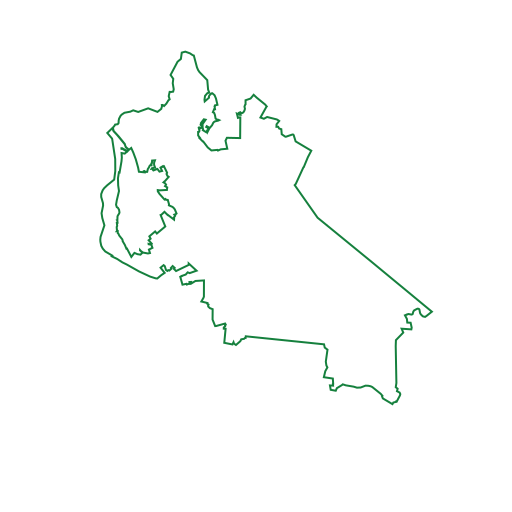 outline of Tīnūžu pag., Ikskiles, Latvia, rotated 49°
{"feature_id": "27541924B46293961253213", "entity_name": "Tīnūžu pag.", "entity_type": "district", "adm_level": 2, "iso_a3": "LVA", "parent_name": "Latvia", "parent_adm1": "Ikskiles", "projection": "mercator", "projection_center": [24.551, 56.857], "detail": "fine", "context": "isolated", "style": "outline", "palette": "green", "viewbox_px": 512, "rotation_deg": 49, "n_neighbors": 0, "source": "geoboundaries", "source_scale": "gbopen_adm2", "svg_char_len": 6067}
<svg xmlns="http://www.w3.org/2000/svg" viewBox="0 0 512 512"><g transform="rotate(49 256 256)"><path d="M446.7,253.7L457.3,250.2L456.7,248.5L457.9,246.1L457.7,245.6L458.2,245.4L455.7,238.9L454.9,237.7L453.3,237.2L450.5,238.3L449.1,236.2L446.7,236.6L444.0,233.4L415.7,209.7L411.3,205.6L410.4,195.1L406.4,193.8L413.3,186.9L412.2,185.5L407.8,183.1L405.5,185.5L402.5,183.4L398.5,182.5L399.0,181.2L398.9,181.2L399.1,180.5L399.8,179.0L402.2,177.1L402.5,176.5L402.6,175.9L401.2,173.8L400.8,172.4L401.5,169.3L401.9,168.4L402.8,167.8L403.6,167.8L406.7,169.6L408.1,169.9L410.9,169.7L412.0,169.0L412.9,168.3L413.1,166.6L413.4,159.8L336.3,172.6L267.5,184.4L227.9,180.3L227.7,178.7L220.2,162.1L220.3,161.7L215.5,152.1L212.8,145.2L195.5,150.9L189.6,148.3L188.9,148.2L188.2,148.8L185.6,155.2L185.2,155.6L181.0,156.7L176.9,153.7L175.0,154.9L173.0,154.5L171.9,155.8L170.1,154.1L169.3,149.9L168.1,150.2L166.6,150.7L158.4,156.4L157.6,160.0L154.4,161.8L150.2,150.2L150.2,149.8L147.8,149.7L136.9,151.6L132.8,152.0L133.6,156.8L131.6,161.7L134.7,164.4L134.8,165.1L135.7,166.7L137.7,167.8L138.7,169.4L139.3,171.3L139.0,172.8L138.4,173.4L137.2,173.5L136.8,174.7L139.3,175.0L139.0,175.5L136.0,177.0L139.9,179.0L140.5,177.6L141.1,176.9L156.6,190.6L147.7,200.4L149.0,203.4L156.2,207.3L152.4,212.6L151.7,214.8L151.1,215.2L151.2,215.5L150.6,215.5L147.1,220.4L142.4,221.2L134.9,220.7L134.7,221.0L130.0,221.3L130.1,220.8L127.1,220.6L124.4,218.3L124.9,217.5L124.5,216.6L121.5,215.0L121.5,214.8L121.8,214.4L123.1,214.3L123.4,213.8L123.2,213.3L123.6,212.4L122.3,211.8L120.8,211.8L120.6,211.7L120.6,211.1L119.6,210.5L118.6,205.7L120.1,204.6L121.4,209.8L124.0,212.0L126.2,213.1L126.3,213.5L129.8,212.4L129.4,211.0L130.7,211.5L129.5,208.5L127.3,208.4L126.0,208.9L125.7,208.0L129.0,206.9L128.5,203.4L127.4,200.8L127.3,199.7L127.5,198.6L129.0,195.8L129.3,194.7L128.4,195.1L127.2,196.1L125.7,196.3L122.7,194.5L120.6,193.7L119.2,194.2L117.7,191.2L118.3,190.6L116.0,189.2L116.1,188.9L115.4,188.2L116.6,185.9L110.9,182.9L107.5,181.8L104.5,182.2L104.1,182.8L104.2,185.8L104.8,187.0L105.7,187.6L105.7,193.3L104.3,192.4L101.7,189.4L101.2,185.9L102.0,184.1L99.0,183.0L91.3,177.4L80.2,178.0L77.7,177.7L74.9,176.8L63.9,171.4L63.0,172.0L59.7,172.9L55.4,175.3L53.8,178.6L58.0,183.4L57.9,187.7L63.3,201.7L68.0,202.2L71.0,205.5L76.2,208.7L77.6,210.7L76.6,212.3L75.5,213.5L78.1,217.0L81.1,218.4L81.0,219.9L82.2,223.7L82.5,227.0L80.8,227.3L80.3,228.0L81.3,228.7L82.8,231.0L82.6,235.8L73.8,240.5L70.0,250.4L65.5,253.1L64.6,256.2L61.6,261.3L61.2,264.4L61.3,266.1L62.5,269.2L63.7,270.8L65.5,272.5L65.8,273.9L64.4,276.1L64.8,277.1L65.3,279.8L68.2,281.4L75.7,281.2L85.3,281.5L87.5,282.5L89.0,282.7L92.5,282.1L92.6,279.3L97.3,280.7L104.2,283.3L112.0,287.0L115.6,289.1L119.6,285.4L118.4,285.0L118.5,284.6L118.8,284.4L119.6,284.8L121.1,282.9L119.4,280.6L118.9,278.7L118.2,277.3L118.1,276.3L119.7,274.7L118.2,275.9L118.1,275.1L117.7,274.5L117.8,274.4L117.4,273.7L117.5,273.5L115.8,271.8L117.5,269.5L118.8,271.8L120.5,273.2L123.0,274.1L121.5,277.0L121.7,277.6L122.3,276.7L123.3,277.3L124.1,277.3L125.6,273.3L129.0,273.5L130.2,271.1L126.6,270.1L127.1,267.4L127.7,267.6L127.9,266.6L134.9,268.5L135.4,269.7L137.4,270.3L139.0,270.0L139.7,275.2L139.7,276.9L140.1,277.0L140.0,277.4L141.6,276.9L143.2,277.1L143.6,278.8L146.0,278.0L147.7,279.9L143.2,285.7L141.8,286.9L142.8,287.7L146.0,288.1L153.4,288.0L153.6,286.9L154.6,287.0L155.8,285.8L159.9,287.7L160.6,288.5L164.2,286.8L165.7,286.6L167.6,286.7L171.8,288.1L171.8,288.8L171.2,290.5L172.6,290.6L173.1,292.9L173.7,292.9L174.8,294.0L167.0,295.6L167.0,295.8L162.6,296.1L162.8,300.2L162.5,301.1L174.2,305.1L174.0,316.1L171.3,316.0L171.2,323.6L173.8,324.2L173.7,326.7L178.4,326.6L178.7,327.5L176.4,329.1L176.7,329.3L178.9,327.6L181.9,328.8L180.9,332.6L184.2,334.1L183.2,335.9L179.3,339.0L176.8,339.6L175.4,339.6L175.6,339.8L176.8,339.8L179.3,339.3L179.0,340.0L179.2,342.3L176.8,344.3L173.9,345.7L174.9,350.7L165.7,348.5L165.5,349.0L161.6,347.7L157.3,346.9L156.9,346.5L155.7,346.0L150.8,345.8L148.9,345.2L148.0,345.3L146.5,344.0L145.9,344.8L145.6,343.9L144.7,343.6L142.7,342.1L142.2,341.0L139.7,339.3L140.1,338.7L138.1,337.3L137.8,337.3L137.9,337.0L135.3,334.6L134.9,333.9L134.1,331.3L133.5,330.4L131.2,329.0L129.0,328.6L127.8,329.0L125.5,328.0L122.7,324.6L117.1,316.8L112.3,313.7L106.8,309.2L102.9,304.6L103.5,304.2L96.3,295.4L93.7,292.7L90.1,289.9L92.6,287.9L92.6,284.8L87.2,286.6L86.9,287.2L86.4,286.9L86.7,286.4L91.5,284.6L92.7,284.5L92.4,282.4L88.5,282.9L85.3,281.7L73.5,281.4L68.4,281.6L67.3,281.3L65.2,280.0L65.6,287.5L72.9,287.6L73.7,288.0L90.4,298.6L99.6,306.5L105.3,312.9L105.0,321.9L105.2,326.1L105.8,328.6L107.7,332.2L109.9,334.1L115.7,336.8L117.6,338.3L122.4,344.5L126.5,347.1L133.4,350.3L139.6,360.8L141.5,362.8L143.2,364.1L146.8,366.1L149.9,366.8L153.7,366.8L161.4,364.2L161.6,365.1L167.2,362.7L173.2,361.0L177.7,359.1L190.9,354.4L202.1,349.4L207.0,346.4L208.2,345.3L208.3,340.0L208.8,336.0L202.2,335.7L202.3,331.7L203.8,331.5L207.5,333.1L209.1,332.7L209.1,331.5L210.1,331.0L210.1,328.1L209.2,328.0L208.9,325.5L211.6,325.2L211.8,326.4L214.9,326.2L218.6,312.6L217.5,311.7L228.1,310.5L225.4,317.3L223.5,318.3L223.9,321.2L222.3,325.2L222.5,325.3L222.0,326.8L229.4,330.3L231.4,326.7L232.2,326.9L232.7,325.4L233.5,324.4L232.0,323.3L233.0,322.0L233.8,322.9L234.3,323.0L235.1,318.1L240.3,311.3L252.5,322.0L253.1,323.1L254.5,327.1L259.6,323.5L260.0,324.1L261.5,323.7L262.2,324.9L262.9,325.2L265.1,325.0L267.7,323.6L275.5,330.5L282.1,332.8L282.7,332.0L286.7,323.6L288.0,323.9L288.1,324.9L288.8,325.4L288.8,327.2L289.7,328.0L291.0,326.7L300.7,336.9L307.3,331.8L306.3,329.5L307.7,330.1L310.0,329.5L310.0,323.7L309.2,321.8L310.7,319.3L310.6,317.9L311.0,317.6L309.9,316.4L367.3,262.6L370.2,264.2L373.6,263.5L381.5,272.6L384.8,274.7L386.9,275.2L388.4,279.3L392.0,284.3L398.9,278.4L403.2,281.7L403.1,282.0L404.4,282.9L402.2,285.1L406.0,287.4L410.0,284.2L408.8,281.7L409.8,275.8L409.8,274.7L412.5,273.1L418.7,268.0L421.6,266.2L423.9,263.3L425.7,258.4L427.7,256.3L429.6,254.9L431.2,254.2L441.8,252.3L444.4,252.3L444.5,252.9L446.7,253.7Z" fill="none" stroke="#15803d" stroke-width="2"/></g></svg>